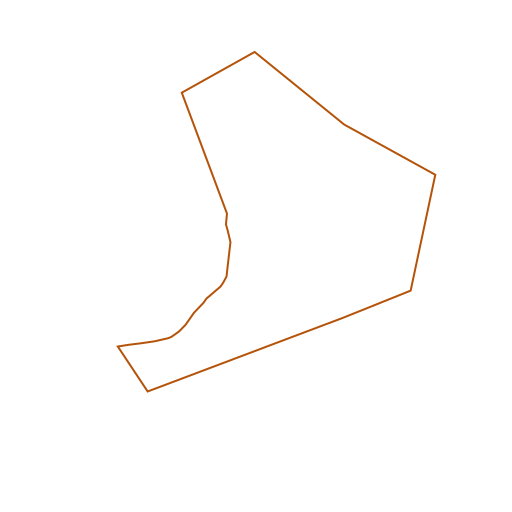 the district of Erdenebulgan, Arhangay, Mongolia, rotated 212°
{"feature_id": "93677404B46470302769704", "entity_name": "Erdenebulgan", "entity_type": "district", "adm_level": 2, "iso_a3": "MNG", "parent_name": "Mongolia", "parent_adm1": "Arhangay", "projection": "albers", "projection_center": [101.475, 47.502], "detail": "fine", "context": "isolated", "style": "outline", "palette": "amber", "viewbox_px": 512, "rotation_deg": 212, "n_neighbors": 0, "source": "geoboundaries", "source_scale": "gbopen_adm2", "svg_char_len": 488}
<svg xmlns="http://www.w3.org/2000/svg" viewBox="0 0 512 512"><g transform="rotate(212 256 256)"><path d="M276.1,83.7L149.1,250.2L106.5,308.6L147.0,419.9L250.8,414.2L365.3,428.3L405.5,355.2L303.1,276.6L298.2,266.9L293.5,262.6L285.0,254.2L274.5,232.1L270.1,222.9L269.7,215.8L269.9,211.3L275.5,193.5L275.7,188.6L278.5,175.1L279.3,160.3L281.3,151.1L284.9,142.6L286.7,140.0L296.8,129.9L307.7,120.7L317.2,113.0L325.2,106.0L276.1,83.7Z" fill="none" stroke="#b45309" stroke-width="2"/></g></svg>